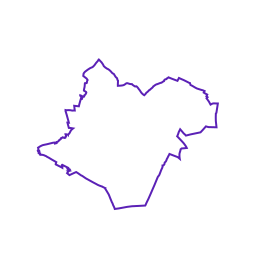 Balcauti, Suceava, Romania (Natural Earth projection), rotated 233°
{"feature_id": "2599482B55128910664602", "entity_name": "Balcauti", "entity_type": "district", "adm_level": 2, "iso_a3": "ROU", "parent_name": "Romania", "parent_adm1": "Suceava", "projection": "natural_earth1", "projection_center": [26.076, 47.898], "detail": "fine", "context": "isolated", "style": "outline", "palette": "violet", "viewbox_px": 256, "rotation_deg": 233, "n_neighbors": 0, "source": "geoboundaries", "source_scale": "gbopen_adm2", "svg_char_len": 5536}
<svg xmlns="http://www.w3.org/2000/svg" viewBox="0 0 256 256"><g transform="rotate(233 128 128)"><path d="M104.7,210.1L105.2,210.1L106.1,209.7L107.0,211.4L109.4,210.3L110.7,209.8L111.4,211.4L113.0,210.5L114.7,209.2L118.1,206.8L119.8,206.0L123.0,204.7L123.8,204.3L124.8,203.8L126.0,204.3L126.7,204.5L126.9,204.2L130.8,202.3L132.8,201.3L134.7,200.2L137.3,198.8L136.3,196.7L136.0,196.1L135.9,195.9L140.6,192.9L144.1,190.8L144.0,190.0L144.2,189.0L144.0,188.5L143.9,188.1L144.2,187.7L144.3,187.3L144.5,186.7L144.3,185.5L143.8,185.1L143.8,184.7L143.9,184.3L144.0,183.5L144.0,182.1L144.5,181.0L144.9,179.6L145.2,178.5L145.4,177.7L145.7,177.2L145.8,176.6L145.9,176.1L145.9,175.7L145.9,175.3L146.0,174.9L145.9,174.2L146.0,173.5L146.0,173.1L145.8,172.8L145.6,172.0L145.5,170.7L145.5,169.9L145.4,169.0L145.3,168.7L145.5,167.9L145.2,166.1L145.1,165.2L145.1,163.9L144.6,162.3L144.4,160.7L145.2,160.4L147.0,160.0L148.4,159.9L149.8,160.0L151.6,160.1L152.5,160.0L153.4,160.1L155.5,160.0L156.2,159.8L156.5,159.5L156.8,158.7L157.2,158.5L158.6,158.0L159.8,157.6L160.6,157.6L160.8,157.4L161.2,156.9L161.9,156.1L164.0,154.6L164.4,154.2L164.6,153.7L164.7,153.3L164.7,152.6L164.7,151.7L164.8,150.7L165.0,150.1L165.2,149.5L166.1,147.9L167.8,145.3L168.9,146.1L171.8,148.5L172.3,148.5L173.0,148.6L173.8,149.0L174.3,149.2L175.0,149.1L175.4,149.0L175.9,148.9L176.6,148.9L178.8,149.1L179.4,149.2L179.9,149.1L180.7,148.7L181.4,148.5L182.3,148.4L183.0,148.4L183.5,148.3L184.0,148.3L184.9,148.1L185.6,148.0L186.7,147.6L187.1,147.5L187.8,147.0L188.3,146.9L189.9,146.3L191.5,146.0L192.0,145.9L192.4,146.0L193.9,146.3L194.7,146.3L196.4,146.4L196.9,146.3L199.8,146.0L200.3,145.9L200.3,145.7L199.7,144.3L199.2,141.8L198.3,138.9L198.0,136.9L198.0,136.1L198.2,135.5L198.6,133.7L198.8,131.0L198.8,128.7L198.8,127.5L198.5,126.2L198.2,125.3L197.2,124.3L196.5,123.6L192.4,124.7L190.9,124.6L190.6,124.6L190.0,123.4L189.4,122.8L188.9,122.4L188.8,122.2L188.8,121.9L189.2,121.3L189.7,120.7L189.6,120.4L188.1,119.1L187.0,118.1L185.9,116.8L185.0,115.8L184.4,115.3L182.1,116.2L181.9,116.2L181.5,116.1L181.2,115.8L180.9,115.2L180.5,114.4L180.4,113.8L180.3,113.4L180.4,113.0L180.4,112.8L180.2,112.5L179.8,112.3L179.6,111.9L179.5,111.7L179.6,111.3L180.4,110.9L180.9,110.6L181.4,110.3L182.0,110.0L182.4,109.9L182.6,109.6L182.8,109.5L182.6,109.3L182.1,109.3L181.7,109.4L181.3,109.4L180.6,109.3L180.2,109.3L179.8,109.3L179.5,109.3L179.2,109.2L178.9,108.7L179.0,108.4L179.3,108.3L179.9,108.2L177.8,105.4L176.0,103.1L174.9,101.8L178.1,98.4L174.0,96.0L174.5,95.4L175.1,94.5L175.5,93.9L177.0,92.6L177.3,92.2L178.1,91.2L179.0,89.9L179.4,89.3L179.9,88.9L179.1,88.3L175.5,87.0L167.9,84.0L168.5,83.4L168.8,82.9L164.4,81.1L163.7,80.8L162.7,82.0L160.7,83.9L160.6,82.1L160.5,81.2L158.9,77.7L158.9,77.4L158.9,77.0L158.9,76.4L158.8,76.2L158.7,76.1L158.9,76.1L159.1,75.8L159.6,75.3L159.9,75.0L160.4,74.7L160.6,74.3L159.1,73.9L158.9,73.8L158.7,73.7L158.6,73.4L158.6,73.2L158.4,72.9L158.5,72.7L158.3,72.5L158.1,72.3L158.2,72.1L158.2,71.7L158.3,71.5L158.2,71.4L158.3,71.3L158.5,71.3L158.6,71.2L158.8,70.9L159.0,70.7L159.4,70.6L159.6,70.5L159.9,70.2L159.7,69.7L159.8,69.5L160.0,69.2L160.2,68.6L160.0,68.4L159.7,68.0L159.7,67.9L159.7,67.7L159.8,67.5L159.8,67.4L159.6,67.1L159.6,66.9L159.7,66.5L159.7,66.3L159.6,66.0L159.6,65.8L159.7,65.6L159.7,65.3L159.4,64.9L159.3,64.4L159.3,64.2L159.3,63.9L159.4,63.6L159.5,63.1L159.7,62.7L159.8,62.6L159.8,62.3L159.3,62.4L159.1,62.3L158.9,62.1L158.9,61.9L159.0,61.6L159.4,61.4L159.6,61.4L159.6,61.2L159.5,60.9L160.2,60.7L160.1,60.4L160.5,60.5L161.2,59.6L161.8,58.2L162.7,56.1L163.8,53.5L164.7,51.6L165.5,49.9L165.9,48.5L166.2,46.8L166.4,44.3L165.3,43.9L165.1,43.7L164.6,43.2L164.3,42.6L164.2,42.3L163.8,42.2L163.5,42.7L163.2,43.0L163.1,43.3L162.9,43.2L162.7,43.2L162.2,42.1L162.0,41.6L161.9,41.5L161.7,41.5L161.4,41.9L160.6,42.6L160.3,42.4L160.0,42.3L159.9,42.2L159.7,41.7L159.4,41.8L158.2,43.4L157.0,44.4L154.5,45.8L153.7,46.0L152.1,46.8L148.8,48.1L143.9,50.2L142.6,48.4L142.3,48.4L141.6,48.8L138.7,50.2L137.1,51.0L135.7,51.6L136.5,52.2L136.6,52.4L136.8,52.4L137.4,52.1L137.6,52.0L138.2,53.1L138.2,53.3L132.5,56.1L132.4,55.5L130.0,56.5L129.9,56.0L130.0,55.8L130.2,55.4L128.9,55.8L129.4,54.5L129.6,54.1L129.2,54.2L128.6,52.2L125.6,52.9L124.6,57.6L124.0,60.1L122.2,60.8L118.2,62.1L117.4,62.6L116.5,62.9L114.7,63.5L113.2,64.0L105.6,67.4L102.2,69.0L100.8,69.6L98.7,70.8L98.1,71.3L97.4,71.6L96.9,72.1L96.5,72.2L94.3,73.3L93.6,73.7L93.4,73.3L90.1,73.0L86.5,72.6L85.3,72.3L82.8,71.6L78.2,70.4L77.1,70.3L75.7,69.8L72.7,69.2L71.3,68.7L69.3,72.3L65.5,79.9L63.1,84.1L58.7,90.6L55.7,95.1L55.9,95.6L57.1,97.7L59.3,102.0L62.1,107.0L64.1,110.5L66.4,114.6L70.9,122.2L71.2,123.1L71.3,123.3L71.3,123.7L71.4,124.0L71.7,124.8L72.8,126.6L74.5,129.3L75.3,130.8L75.6,131.4L75.9,131.8L76.3,132.3L77.3,133.0L76.9,133.7L76.9,134.0L76.9,134.4L77.3,135.5L78.1,136.2L78.3,136.5L78.4,136.9L78.4,137.5L78.5,138.0L79.0,139.1L79.2,139.3L79.5,139.8L79.9,140.4L80.2,141.2L80.7,142.2L81.4,143.6L82.1,145.2L82.3,145.5L74.8,150.2L72.3,150.8L72.7,151.0L74.2,151.9L76.1,153.3L76.8,154.0L78.4,156.2L79.3,157.2L79.4,158.5L78.1,160.5L76.7,162.9L78.2,163.2L80.5,163.3L82.4,163.3L84.6,163.1L87.4,162.8L91.8,162.3L91.9,162.6L93.4,165.0L94.1,165.9L95.2,168.1L95.6,168.9L92.6,169.1L90.4,169.2L89.2,169.4L88.4,169.6L87.1,169.7L85.2,174.2L80.9,183.3L81.5,186.8L82.4,191.2L81.3,192.0L80.0,193.1L79.2,194.2L75.3,199.1L80.8,202.4L83.7,204.5L86.7,206.9L86.9,207.7L93.5,214.5L96.2,211.1L96.7,210.0L97.0,208.0L100.2,208.5L102.8,208.6L104.3,208.6L104.5,208.6L104.7,210.1Z" fill="none" stroke="#5b21b6" stroke-width="2"/></g></svg>